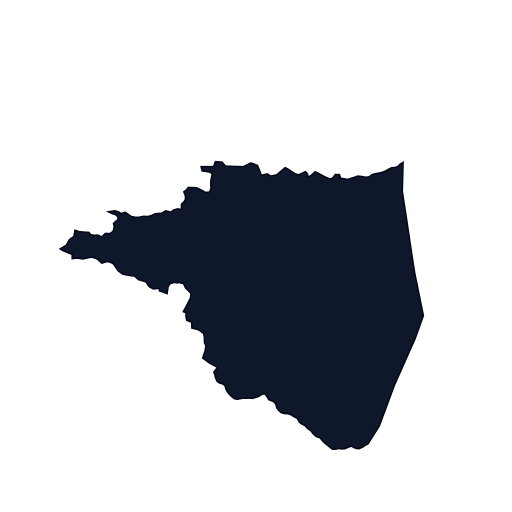 Monteiro, Paraíba, Brazil (Mercator projection), rotated 24°
{"feature_id": "56859067B82633114024292", "entity_name": "Monteiro", "entity_type": "district", "adm_level": 2, "iso_a3": "BRA", "parent_name": "Brazil", "parent_adm1": "Paraíba", "projection": "mercator", "projection_center": [-37.158, -7.889], "detail": "fine", "context": "isolated", "style": "filled", "palette": "ink", "viewbox_px": 512, "rotation_deg": 24, "n_neighbors": 0, "source": "geoboundaries", "source_scale": "gbopen_adm2", "svg_char_len": 2973}
<svg xmlns="http://www.w3.org/2000/svg" viewBox="0 0 512 512"><g transform="rotate(24 256 256)"><path d="M407.8,206.8L396.4,189.1L375.9,156.9L363.4,137.5L352.3,110.6L350.3,113.5L349.0,116.7L347.2,118.5L344.1,120.1L341.6,123.1L339.9,125.5L337.2,128.3L334.2,130.5L332.1,132.0L329.0,134.2L327.2,137.6L324.1,139.5L320.1,140.4L316.4,141.6L313.7,144.3L311.4,146.2L308.8,148.7L306.2,149.3L301.7,150.5L299.1,147.7L295.3,149.3L294.7,152.3L293.5,154.8L291.0,155.7L286.0,155.6L275.8,154.9L273.3,160.6L271.2,162.5L269.7,160.0L266.9,158.8L264.2,161.9L261.7,164.6L258.1,165.0L249.4,163.5L246.7,163.4L242.3,172.6L240.7,174.4L236.9,177.0L233.1,176.4L230.6,178.1L227.9,180.3L226.4,178.3L220.6,172.7L216.3,172.8L213.4,173.1L208.0,179.6L191.6,186.3L186.8,184.0L180.5,186.3L180.9,191.6L169.5,196.7L172.1,200.2L179.4,198.2L182.6,198.6L183.9,204.8L185.2,208.4L187.4,212.4L187.5,216.6L183.8,218.5L181.4,218.1L174.0,217.8L166.3,220.8L165.4,224.2L163.9,226.7L167.0,229.7L168.5,232.9L168.1,235.8L166.8,239.0L168.9,243.8L165.0,244.9L161.7,247.8L160.7,250.4L155.1,251.5L152.7,255.0L146.6,258.5L143.9,261.7L141.3,263.8L136.9,265.6L133.2,268.3L129.8,269.8L125.6,270.6L118.9,269.2L115.5,272.1L112.9,271.6L108.8,272.0L103.1,275.6L106.7,275.8L110.9,275.3L113.9,276.4L115.2,278.9L113.5,281.7L112.6,284.4L114.7,287.0L115.4,291.6L113.4,295.0L109.2,296.6L107.3,301.4L103.0,301.2L99.8,302.9L96.4,303.7L93.6,302.4L89.5,304.0L84.5,305.7L80.1,306.1L81.7,312.2L79.7,315.3L78.8,317.6L78.4,323.1L74.2,329.2L76.5,329.6L84.2,329.5L87.5,329.3L89.1,333.2L93.6,330.6L99.1,329.1L104.7,324.9L107.6,323.6L111.5,323.3L114.0,323.9L118.0,325.3L122.3,321.6L125.7,320.9L128.9,321.2L136.3,325.7L141.8,326.8L150.2,324.8L152.7,323.7L158.4,325.4L164.1,324.6L166.6,324.6L168.7,326.3L171.6,327.6L175.8,327.8L180.7,324.9L182.1,327.3L184.7,326.8L190.1,326.6L188.2,319.8L188.6,316.5L191.7,313.6L194.4,312.8L196.6,311.6L200.9,310.6L204.6,313.8L211.8,316.6L213.2,320.9L213.0,324.6L212.6,331.9L212.2,336.5L215.1,336.2L216.8,340.1L218.9,342.9L224.2,342.7L226.7,347.9L233.4,346.8L237.3,347.5L239.6,348.2L241.4,350.4L244.2,356.2L246.8,358.5L248.1,363.7L248.8,370.9L257.2,372.8L266.5,373.4L265.4,376.1L264.7,379.3L266.9,381.4L268.3,383.5L271.7,386.5L274.4,386.9L277.9,386.4L280.6,387.2L282.8,390.0L285.6,392.0L288.2,393.3L291.2,394.4L294.3,395.2L297.3,394.5L300.0,392.5L302.1,391.1L304.8,390.0L307.7,388.5L310.7,387.5L312.8,385.7L315.6,383.2L317.3,380.4L320.0,378.2L322.7,379.7L326.0,382.0L328.5,382.0L331.1,381.8L334.1,383.1L336.7,386.3L339.6,387.9L342.6,388.8L346.2,388.4L349.2,387.1L352.1,386.8L355.6,387.3L359.9,387.6L363.2,390.2L366.4,390.9L369.6,391.0L373.0,392.5L377.4,393.4L380.7,395.3L384.4,396.4L388.6,396.1L391.8,397.7L394.3,398.8L397.6,399.6L401.7,400.8L404.2,401.4L406.9,400.4L409.8,398.2L412.7,397.4L415.3,396.1L418.2,393.1L420.4,390.9L423.2,391.2L426.0,391.0L428.6,390.1L431.0,387.4L432.7,384.5L434.7,382.2L437.8,361.3L435.0,317.7L435.0,266.9L433.2,242.4L407.8,206.8Z" fill="#0f172a" stroke="#020617" stroke-width="1.5"/></g></svg>